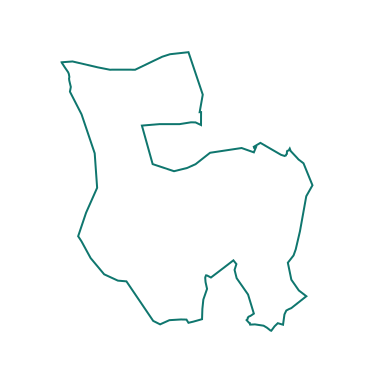 the district of Goronyo, Sokoto, Nigeria, rotated 170°
{"feature_id": "59680162B20432910054227", "entity_name": "Goronyo", "entity_type": "district", "adm_level": 2, "iso_a3": "NGA", "parent_name": "Nigeria", "parent_adm1": "Sokoto", "projection": "equal_earth", "projection_center": [5.745, 13.352], "detail": "fine", "context": "isolated", "style": "outline", "palette": "teal", "viewbox_px": 384, "rotation_deg": 170, "n_neighbors": 0, "source": "geoboundaries", "source_scale": "gbopen_adm2", "svg_char_len": 1615}
<svg xmlns="http://www.w3.org/2000/svg" viewBox="0 0 384 384"><g transform="rotate(170 192 192)"><path d="M252.6,71.8L246.4,67.2L236.5,69.7L230.3,69.0L225.1,68.4L219.6,67.3L218.2,63.8L213.2,64.1L204.2,65.0L202.1,75.0L199.5,84.1L194.0,94.0L194.3,100.9L193.9,105.2L193.3,106.5L192.6,107.5L191.6,107.1L188.2,104.5L180.6,108.4L163.1,117.5L160.8,113.3L163.6,107.9L163.0,99.4L154.6,81.3L152.2,61.5L156.0,59.8L157.5,59.5L158.8,58.7L159.1,57.5L160.5,56.4L158.4,53.1L157.8,52.8L157.9,52.2L157.9,51.9L157.8,51.3L153.0,50.7L144.7,47.9L141.7,45.3L138.8,42.0L138.0,41.6L134.0,45.4L130.3,47.9L125.4,45.5L122.2,55.4L119.7,58.9L117.0,59.8L114.4,60.4L97.5,69.5L103.9,76.5L109.4,88.4L109.9,105.7L103.0,111.9L99.8,117.5L92.5,134.6L80.2,168.0L72.2,177.7L77.2,200.9L81.5,205.6L82.6,207.4L87.7,215.2L88.2,217.8L88.8,217.1L89.4,216.2L90.2,216.0L91.0,216.0L91.5,215.2L91.8,213.9L91.9,213.1L92.7,212.6L93.2,211.7L94.3,211.6L94.5,211.4L97.8,213.1L116.1,228.5L123.3,225.8L123.1,224.6L121.4,224.7L124.2,220.3L135.5,226.7L167.4,227.5L183.6,218.8L192.7,216.5L206.1,215.6L225.9,226.3L229.8,266.1L212.4,264.5L192.5,261.0L180.8,260.8L176.4,259.9L171.5,256.4L169.2,269.1L170.6,269.3L164.5,286.0L171.2,330.3L189.7,331.5L197.8,330.4L206.8,327.9L226.7,322.3L246.9,325.9L251.7,326.7L263.1,331.1L287.0,341.3L297.9,342.4L297.9,342.2L295.6,336.8L293.2,331.5L292.8,329.7L292.8,326.6L293.4,325.0L293.5,323.0L293.3,319.5L293.1,316.5L294.8,312.0L287.3,287.7L281.1,247.0L284.7,212.6L299.9,190.0L311.8,168.2L309.4,162.6L305.7,151.6L303.3,144.5L292.8,126.2L280.4,117.6L272.9,115.6L272.1,115.4L252.6,71.8Z" fill="none" stroke="#0f766e" stroke-width="2"/></g></svg>